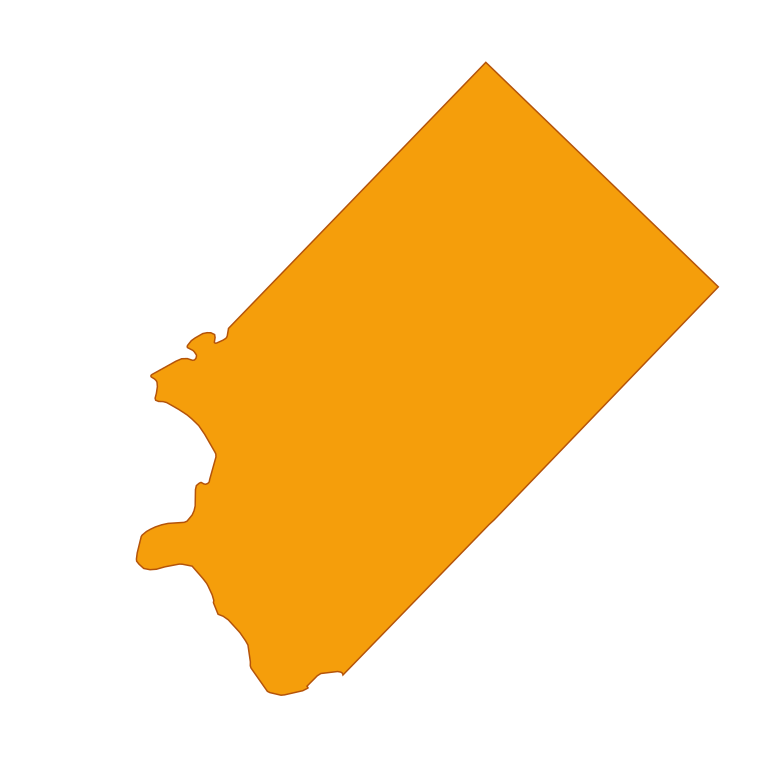 the district of Clay, Texas, United States of America, rotated 224°
{"feature_id": "52423323B2844770292718", "entity_name": "Clay", "entity_type": "district", "adm_level": 2, "iso_a3": "USA", "parent_name": "United States of America", "parent_adm1": "Texas", "projection": "orthographic", "projection_center": [-98.12, 33.812], "detail": "fine", "context": "isolated", "style": "filled", "palette": "amber", "viewbox_px": 768, "rotation_deg": 224, "n_neighbors": 0, "source": "geoboundaries", "source_scale": "gbopen_adm2", "svg_char_len": 1596}
<svg xmlns="http://www.w3.org/2000/svg" viewBox="0 0 768 768"><g transform="rotate(224 384 384)"><path d="M211.0,686.1L534.2,686.1L534.5,316.0L534.4,315.9L530.1,309.6L529.5,307.9L529.6,306.5L530.3,303.6L532.9,297.1L533.7,296.1L535.0,296.1L537.8,300.1L540.2,301.9L544.1,300.6L546.9,298.0L549.4,294.4L551.9,285.8L552.7,281.3L552.1,275.2L551.4,274.0L550.6,273.7L544.8,275.4L543.0,275.4L539.2,274.6L538.3,273.9L537.1,271.8L537.0,269.6L538.1,268.1L543.2,265.6L547.1,261.6L549.5,255.9L557.5,229.7L557.6,228.4L557.1,227.7L556.3,227.4L552.6,228.2L550.3,228.2L548.5,227.6L545.1,224.6L541.2,219.1L538.8,214.8L537.0,213.7L534.0,214.9L530.7,217.9L527.4,219.7L514.1,223.1L504.1,225.0L498.1,225.4L488.4,225.4L478.2,223.3L458.1,217.5L456.3,216.8L454.2,214.8L443.0,194.1L441.7,192.2L441.7,190.0L442.7,187.9L444.2,187.0L447.1,186.2L447.6,185.5L448.1,183.8L448.4,180.6L446.3,177.1L435.1,165.1L432.6,160.9L431.0,156.5L430.4,148.5L431.6,145.7L442.5,133.7L446.1,128.3L449.2,122.3L451.1,117.3L452.4,112.9L453.0,107.4L452.7,105.7L444.2,91.1L440.5,86.1L438.8,84.7L435.1,84.2L428.7,84.4L423.3,87.9L419.0,92.7L417.4,95.5L414.6,100.3L406.2,112.2L404.0,114.2L395.5,119.7L379.3,118.3L373.1,117.4L370.5,116.6L361.2,113.0L356.1,110.1L354.8,108.2L343.4,103.1L338.4,105.2L332.2,106.2L315.0,105.1L305.1,103.1L300.5,101.7L287.1,91.3L284.4,88.4L282.3,87.3L254.4,81.9L251.8,82.7L241.9,88.6L239.6,91.3L229.4,106.9L227.5,112.4L227.8,112.8L229.5,113.1L229.3,127.8L228.3,131.9L217.7,144.9L215.2,146.6L213.6,147.1L212.0,146.6L211.4,146.2L210.8,356.1L210.4,362.8L211.0,686.1Z" fill="#f59e0b" stroke="#b45309" stroke-width="1.5"/></g></svg>